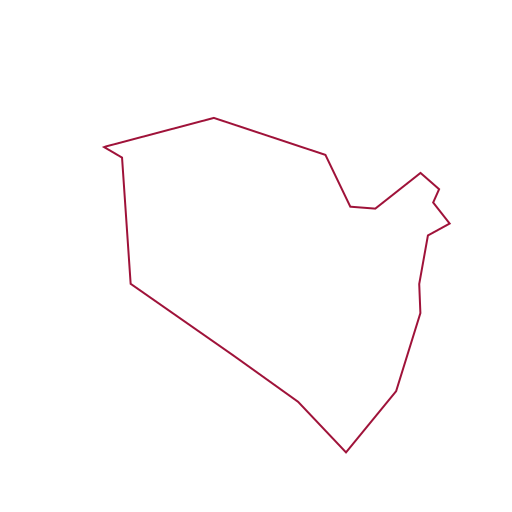 the district of Parker'S Hill, Castries, Saint Lucia, rotated 294°
{"feature_id": "8701671B66024605882248", "entity_name": "Parker'S Hill", "entity_type": "district", "adm_level": 2, "iso_a3": "LCA", "parent_name": "Saint Lucia", "parent_adm1": "Castries", "projection": "orthographic", "projection_center": [-60.99, 14.004], "detail": "fine", "context": "isolated", "style": "outline", "palette": "rose", "viewbox_px": 512, "rotation_deg": 294, "n_neighbors": 0, "source": "geoboundaries", "source_scale": "gbopen_adm2", "svg_char_len": 403}
<svg xmlns="http://www.w3.org/2000/svg" viewBox="0 0 512 512"><g transform="rotate(294 256 256)"><path d="M113.2,418.1L189.5,439.0L270.7,429.4L296.8,416.5L344.7,404.7L364.4,419.7L376.9,396.1L391.5,396.1L398.8,372.5L347.8,345.7L339.4,322.1L376.6,278.3L365.0,161.3L295.1,74.4L293.7,73.0L291.4,93.6L179.6,152.8L155.8,276.3L139.9,353.8L113.2,418.1Z" fill="none" stroke="#9f1239" stroke-width="2"/></g></svg>